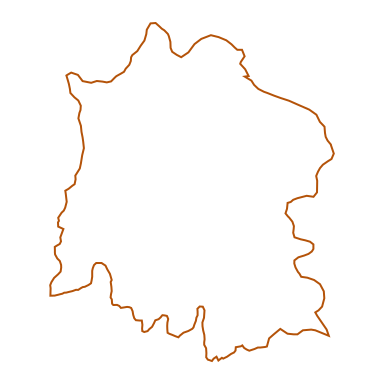 outline of Kissidougou, Kissidougou, Guinea
{"feature_id": "49546643B59034527585113", "entity_name": "Kissidougou", "entity_type": "district", "adm_level": 2, "iso_a3": "GIN", "parent_name": "Guinea", "parent_adm1": "Kissidougou", "projection": "natural_earth1", "projection_center": [-10.076, 9.254], "detail": "fine", "context": "isolated", "style": "outline", "palette": "amber", "viewbox_px": 384, "rotation_deg": 0, "n_neighbors": 0, "source": "geoboundaries", "source_scale": "gbopen_adm2", "svg_char_len": 3844}
<svg xmlns="http://www.w3.org/2000/svg" viewBox="0 0 384 384"><path d="M54.8,246.9L54.9,250.3L54.9,252.7L55.1,254.5L57.3,258.5L59.8,261.0L61.1,264.9L61.2,267.6L60.9,269.6L60.6,271.6L58.1,274.3L54.1,277.9L51.4,282.2L50.2,285.2L50.6,288.2L50.4,295.7L54.7,295.6L57.1,295.0L58.4,294.7L60.2,294.2L62.4,293.7L64.2,292.7L66.3,292.6L68.6,292.0L72.4,291.1L76.0,289.8L78.2,289.9L80.6,288.3L82.7,287.1L84.8,286.8L88.5,285.0L91.0,283.3L91.6,280.5L92.2,276.8L92.2,272.7L92.2,270.8L92.8,268.2L94.0,265.1L96.2,263.0L101.5,263.0L105.5,265.6L107.3,269.4L109.9,273.8L110.6,276.2L110.8,276.9L111.7,280.0L110.7,282.0L111.0,284.1L111.4,286.9L111.7,291.1L111.0,294.3L110.6,297.5L111.8,299.4L112.1,303.7L113.3,305.0L113.6,305.0L117.0,304.9L119.2,305.9L120.9,307.9L122.9,307.6L127.1,306.9L129.4,307.2L131.2,308.0L132.6,311.2L133.2,314.8L134.3,318.3L135.9,320.2L139.3,320.5L141.8,320.5L142.4,324.8L142.1,328.6L142.3,331.1L143.0,331.4L144.2,332.0L147.6,331.1L149.2,329.2L152.1,326.8L154.0,323.2L155.3,320.3L158.6,319.2L160.8,317.2L161.5,316.2L162.4,315.2L164.5,315.4L166.9,315.9L167.0,316.0L168.2,319.0L167.4,322.6L167.2,325.9L167.3,329.2L167.6,332.8L169.4,333.8L172.3,334.9L175.6,336.3L178.4,337.3L179.9,335.6L183.5,332.7L188.3,331.0L192.3,328.8L193.5,327.4L194.3,324.8L195.9,320.8L196.4,317.7L197.6,315.3L197.6,311.7L197.4,308.8L199.7,306.5L202.8,306.7L204.5,310.3L204.0,317.8L202.4,322.5L202.5,326.2L203.2,330.5L204.3,334.9L204.6,339.3L204.2,342.3L204.2,344.8L206.1,348.2L206.4,353.2L206.2,357.3L207.8,359.6L211.9,361.0L213.7,358.6L216.5,356.7L218.4,360.5L221.9,357.8L223.2,358.6L227.1,356.7L231.1,353.9L234.0,352.5L235.5,350.6L235.8,347.2L240.9,346.3L242.3,345.4L244.1,347.9L246.6,349.5L248.4,350.3L249.3,350.7L250.2,350.4L254.5,349.0L257.9,347.5L260.5,347.5L265.0,347.0L266.9,346.5L269.1,338.4L273.8,334.3L280.3,328.9L287.5,333.7L293.4,334.3L297.3,334.3L297.5,334.3L302.9,330.3L311.2,329.6L315.3,330.3L328.8,335.8L328.7,335.5L326.6,329.5L317.2,315.8L315.3,312.4L318.5,310.4L322.1,306.6L324.3,298.3L323.8,291.3L320.0,284.2L314.1,280.0L307.4,277.7L301.2,276.8L299.4,273.6L298.0,272.0L295.5,267.4L294.3,263.5L294.4,260.4L298.4,257.3L304.3,255.5L308.5,253.9L311.8,251.5L312.9,249.8L313.4,248.9L313.4,244.4L310.0,241.7L305.2,240.3L300.7,239.3L294.5,237.3L293.2,232.8L293.7,228.7L293.9,226.1L292.4,221.7L289.1,217.5L288.1,216.6L285.5,213.4L287.0,208.8L287.6,202.9L290.7,202.0L293.2,199.8L297.4,198.2L306.7,195.8L313.5,196.8L317.0,192.4L317.2,180.8L316.2,176.0L316.9,174.3L318.0,171.7L320.0,168.1L322.9,164.7L327.8,161.3L331.5,159.0L333.8,153.6L330.9,145.0L330.9,144.6L327.6,140.6L325.7,136.9L325.0,133.0L324.5,126.7L319.9,121.9L316.4,114.7L309.2,109.6L298.2,104.8L288.9,100.7L280.6,98.0L274.2,95.7L267.4,93.0L264.0,91.8L258.3,88.9L254.1,84.9L251.4,80.6L246.7,77.8L244.8,76.6L248.6,76.0L245.2,69.3L240.2,63.8L240.8,62.0L244.6,56.3L242.0,49.8L237.3,49.8L234.8,47.6L231.5,44.3L226.3,40.3L218.6,37.1L210.9,35.2L201.3,38.9L194.5,44.1L188.4,52.4L181.2,57.2L176.8,54.9L172.2,51.8L170.6,47.9L170.4,41.9L168.8,36.1L167.9,34.0L164.3,30.3L161.8,28.7L159.5,26.5L155.6,23.0L150.5,23.4L146.8,29.7L146.3,34.1L144.4,40.6L140.7,45.7L137.3,51.1L132.3,55.1L131.1,57.3L130.8,61.0L129.3,64.8L125.7,68.7L125.0,70.0L124.0,71.8L120.6,73.8L116.3,76.2L114.6,77.8L111.1,81.4L106.8,82.4L102.5,81.6L96.8,81.0L94.3,81.8L91.2,82.8L82.6,81.1L81.1,79.1L77.9,74.9L73.5,73.4L71.2,72.6L67.3,74.9L66.4,75.5L67.6,79.5L68.9,84.0L69.9,88.9L70.4,93.0L74.4,97.3L78.3,100.5L80.8,105.7L80.5,110.0L79.4,113.0L78.4,118.4L80.9,125.8L81.5,131.9L82.6,137.5L83.2,141.7L83.9,148.2L82.2,155.2L80.9,163.4L79.8,168.5L76.6,173.6L75.3,175.6L75.6,179.3L74.6,184.2L72.4,185.7L68.6,188.8L65.3,190.7L65.8,194.1L66.7,201.8L65.2,207.6L63.8,210.6L61.6,212.7L58.2,217.8L58.8,220.2L58.9,220.9L58.0,222.4L58.2,226.6L63.4,229.0L60.3,237.4L61.0,241.4L59.7,244.0L56.7,245.7L54.8,246.9Z" fill="none" stroke="#b45309" stroke-width="2"/></svg>